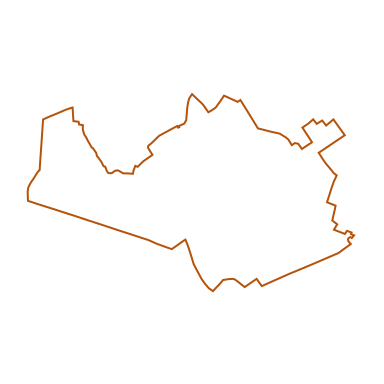 Thanh Xuan, Ha Noi, Vietnam (orthographic projection), rotated 183°
{"feature_id": "81297802B66022953489908", "entity_name": "Thanh Xuan", "entity_type": "district", "adm_level": 2, "iso_a3": "VNM", "parent_name": "Vietnam", "parent_adm1": "Ha Noi", "projection": "orthographic", "projection_center": [105.818, 20.995], "detail": "fine", "context": "isolated", "style": "outline", "palette": "amber", "viewbox_px": 384, "rotation_deg": 183, "n_neighbors": 0, "source": "geoboundaries", "source_scale": "gbopen_adm2", "svg_char_len": 3219}
<svg xmlns="http://www.w3.org/2000/svg" viewBox="0 0 384 384"><g transform="rotate(183 192 192)"><path d="M30.7,148.4L31.9,149.6L33.0,150.6L33.8,152.7L33.5,153.7L32.4,154.9L31.3,155.2L30.0,154.4L27.9,157.2L31.0,158.2L30.5,159.9L35.2,161.3L37.1,158.1L48.3,161.8L45.3,167.3L50.4,170.9L49.4,176.9L48.5,181.7L48.2,183.7L48.1,184.8L47.9,185.9L56.6,188.8L56.1,190.9L55.8,191.8L55.5,193.1L55.2,194.3L54.8,195.6L54.6,196.4L53.1,202.4L51.0,209.6L50.9,209.9L49.2,214.0L48.4,216.2L51.7,218.5L52.4,219.3L52.8,219.9L53.3,220.5L54.6,221.9L55.3,222.6L56.5,223.9L59.1,226.7L59.6,227.2L60.4,228.2L60.9,228.8L61.6,229.6L64.6,233.7L66.1,235.9L67.5,237.8L42.4,256.7L54.6,271.9L61.5,265.4L65.7,270.2L71.0,266.6L74.8,270.9L79.4,266.4L85.1,262.1L74.8,248.1L75.5,247.3L77.4,246.0L80.5,243.7L84.5,240.7L88.4,245.7L90.3,246.0L91.9,246.2L94.8,244.0L98.5,249.4L101.1,251.4L107.5,254.9L116.6,256.4L129.5,259.0L135.0,267.0L141.2,276.0L148.5,286.4L150.1,285.2L151.1,284.4L165.0,289.9L165.5,289.2L166.4,287.6L167.7,285.5L168.0,285.0L168.7,283.8L169.4,282.7L170.5,281.1L172.3,278.2L173.2,277.2L176.0,275.0L179.8,272.5L180.2,272.9L184.7,278.8L186.7,280.9L194.0,287.1L197.1,289.7L198.2,287.9L199.6,285.4L200.5,281.8L201.0,277.6L201.2,274.8L201.4,267.8L201.5,263.5L202.9,260.8L203.2,259.9L207.0,258.0L208.6,257.2L208.2,256.0L209.4,255.6L209.8,256.5L210.3,257.1L227.8,246.4L230.2,243.8L235.0,238.6L237.6,236.3L238.3,235.1L238.3,234.4L238.1,233.6L233.4,227.0L242.3,220.1L247.6,214.3L250.0,215.1L251.3,210.9L251.6,209.7L251.8,208.3L252.0,207.1L257.0,207.2L260.0,207.1L261.7,207.0L264.7,208.6L266.8,209.6L268.6,209.6L270.3,208.9L273.1,206.6L276.5,206.5L278.0,208.2L280.0,212.8L280.6,212.8L281.2,212.9L281.6,213.1L282.2,214.0L284.0,217.2L288.0,222.2L288.7,222.7L289.0,223.6L289.7,226.0L292.0,229.0L293.2,230.5L294.5,231.2L296.9,235.0L298.7,237.7L299.5,239.2L300.4,240.8L302.5,243.6L303.4,246.0L304.3,248.5L304.5,253.1L308.3,253.5L308.9,256.2L314.1,256.6L315.7,270.1L316.7,269.8L321.8,267.8L325.3,266.1L327.9,264.8L328.2,264.7L328.3,264.6L331.6,263.0L335.6,261.1L338.0,260.0L342.1,257.9L342.3,257.8L344.1,256.8L344.5,256.6L344.8,237.8L345.0,224.6L345.2,214.4L345.3,205.9L345.8,205.4L347.3,203.7L347.6,203.1L349.0,200.6L349.8,199.0L350.8,197.3L351.3,196.4L352.6,194.4L353.7,192.5L354.1,191.6L354.9,190.0L355.3,189.0L355.6,188.1L355.8,187.3L355.9,186.4L356.0,185.3L356.1,183.3L355.7,178.7L355.6,177.1L355.5,175.7L355.3,174.6L353.9,174.2L351.3,173.5L346.7,172.2L346.2,172.1L345.9,172.0L336.0,169.4L328.2,167.4L313.3,163.4L311.7,163.0L311.2,162.9L294.8,158.4L282.8,155.2L261.6,149.4L247.7,145.7L242.6,144.3L233.2,141.8L226.4,139.2L226.0,139.0L224.6,138.5L214.4,135.4L209.2,133.9L196.5,143.9L196.1,144.1L195.8,143.4L194.1,139.9L191.9,134.7L186.5,120.0L185.3,117.9L179.8,108.8L177.6,105.2L174.4,101.3L170.3,96.9L169.4,96.3L168.7,95.9L165.9,94.1L163.7,96.7L163.4,97.1L162.0,98.7L161.5,99.2L160.4,100.6L159.8,101.3L159.3,101.9L158.6,102.7L158.0,103.6L156.3,105.8L155.3,105.9L154.3,106.2L152.5,106.6L150.2,107.0L148.5,107.2L146.5,107.4L144.4,106.8L142.0,105.2L140.6,104.2L139.6,103.5L138.4,102.6L137.4,101.9L136.6,101.4L134.4,99.8L123.9,107.9L122.9,108.6L117.4,101.7L90.7,115.3L71.2,124.6L42.6,138.7L30.7,148.4Z" fill="none" stroke="#b45309" stroke-width="2"/></g></svg>